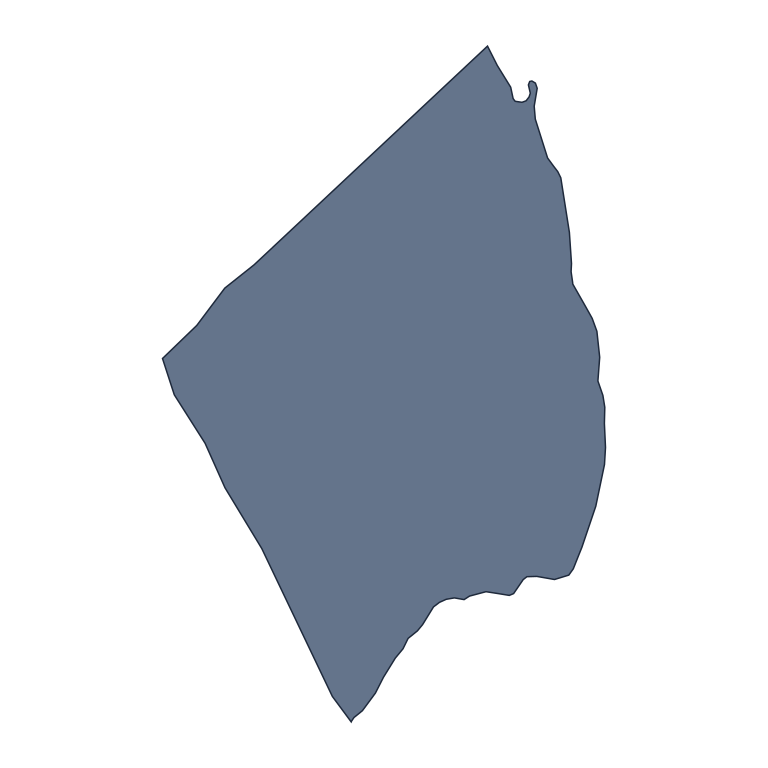 the district of Obock, Obock, Djibouti
{"feature_id": "41766387B51204577272085", "entity_name": "Obock", "entity_type": "district", "adm_level": 2, "iso_a3": "DJI", "parent_name": "Djibouti", "parent_adm1": "Obock", "projection": "equal_earth", "projection_center": [43.238, 12.173], "detail": "fine", "context": "isolated", "style": "filled", "palette": "slate", "viewbox_px": 768, "rotation_deg": 0, "n_neighbors": 0, "source": "geoboundaries", "source_scale": "gbopen_adm2", "svg_char_len": 1045}
<svg xmlns="http://www.w3.org/2000/svg" viewBox="0 0 768 768"><path d="M162.5,358.5L174.3,394.8L205.1,443.3L225.0,487.8L261.8,548.6L332.4,696.5L351.2,721.9L351.5,721.2L354.0,717.5L362.4,710.7L375.4,693.1L383.5,677.2L395.3,658.1L403.0,648.8L408.1,638.4L415.4,632.5L417.4,630.9L422.6,624.6L433.5,606.9L439.4,602.4L446.2,599.3L454.4,597.9L464.1,599.6L469.5,596.1L486.0,591.7L498.3,593.6L509.3,595.4L513.6,593.6L523.2,579.6L526.9,576.7L536.8,576.4L554.5,579.5L568.8,575.1L573.3,568.8L578.3,556.2L581.9,547.3L595.8,506.2L604.5,464.5L605.5,447.5L604.4,423.4L604.8,407.3L602.9,395.4L597.9,381.0L599.7,357.3L596.9,331.3L592.2,318.4L585.1,305.7L572.8,284.1L572.6,282.1L571.1,271.7L571.5,263.6L569.4,232.4L560.8,177.8L557.8,171.7L553.3,165.8L547.6,158.0L535.3,119.1L534.2,106.2L537.2,88.3L535.4,83.1L531.9,81.0L529.7,81.5L528.4,84.9L530.3,93.2L529.1,96.9L526.1,100.8L522.0,102.3L515.2,101.3L514.3,100.2L513.1,98.5L510.7,87.2L497.3,65.5L487.5,46.1L254.1,264.8L224.8,288.1L196.8,325.4L162.5,358.5Z" fill="#64748b" stroke="#1e293b" stroke-width="1.5"/></svg>